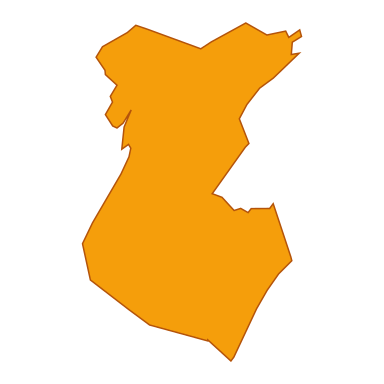 outline of Huntingdon, Pennsylvania, United States of America
{"feature_id": "52423323B28488791347792", "entity_name": "Huntingdon", "entity_type": "district", "adm_level": 2, "iso_a3": "USA", "parent_name": "United States of America", "parent_adm1": "Pennsylvania", "projection": "equal_earth", "projection_center": [-77.953, 40.403], "detail": "fine", "context": "isolated", "style": "filled", "palette": "amber", "viewbox_px": 384, "rotation_deg": 0, "n_neighbors": 0, "source": "geoboundaries", "source_scale": "gbopen_adm2", "svg_char_len": 838}
<svg xmlns="http://www.w3.org/2000/svg" viewBox="0 0 384 384"><path d="M273.2,203.7L269.6,208.5L251.2,208.6L248.1,212.6L240.7,208.4L234.1,210.5L222.0,197.3L212.2,193.7L245.4,147.1L248.9,143.5L239.3,118.8L246.9,104.5L259.7,88.1L273.3,78.1L299.2,53.2L291.3,54.5L292.3,42.2L301.5,36.5L299.7,29.9L288.8,37.4L285.7,31.1L266.9,35.0L245.8,23.0L211.3,41.9L200.8,48.8L147.6,29.3L135.8,25.3L127.3,32.6L102.5,46.7L96.1,57.2L105.0,70.3L105.4,74.6L117.0,85.2L110.3,96.4L112.5,102.1L105.4,114.6L112.7,126.0L117.0,128.0L123.1,123.1L131.2,109.9L124.1,127.1L121.8,149.2L128.5,144.4L130.8,148.2L129.0,156.8L121.0,174.0L92.5,222.9L82.5,243.7L90.4,280.0L128.7,309.5L149.6,325.0L207.7,340.9L207.8,339.9L230.9,361.0L233.8,357.2L256.6,308.7L267.2,290.2L278.7,273.8L291.8,260.7L290.8,256.8L273.2,203.7Z" fill="#f59e0b" stroke="#b45309" stroke-width="1.5"/></svg>